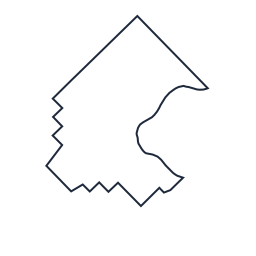 Jefferson, Indiana, United States of America, rotated 316°
{"feature_id": "52423323B82585243463531", "entity_name": "Jefferson", "entity_type": "district", "adm_level": 2, "iso_a3": "USA", "parent_name": "United States of America", "parent_adm1": "Indiana", "projection": "mercator", "projection_center": [-85.425, 38.75], "detail": "fine", "context": "isolated", "style": "outline", "palette": "slate", "viewbox_px": 256, "rotation_deg": 316, "n_neighbors": 0, "source": "geoboundaries", "source_scale": "gbopen_adm2", "svg_char_len": 897}
<svg xmlns="http://www.w3.org/2000/svg" viewBox="0 0 256 256"><g transform="rotate(316 128 128)"><path d="M127.2,54.3L120.7,54.3L94.3,54.6L94.6,68.0L81.8,68.0L81.8,81.1L68.6,81.1L68.8,94.5L43.0,98.5L43.1,134.1L56.2,137.2L56.4,147.1L69.5,147.1L69.6,160.3L82.8,160.4L83.1,193.1L109.0,192.8L109.0,199.4L115.3,202.1L133.1,202.0L130.3,196.6L129.9,195.1L129.5,193.4L129.2,191.2L129.1,181.2L129.8,173.8L129.4,169.1L127.3,164.2L123.5,158.8L123.1,157.4L123.0,155.6L123.3,152.6L124.7,146.5L125.8,144.6L128.2,141.7L129.7,138.7L131.0,137.4L135.3,134.9L137.2,134.3L139.2,133.9L142.9,134.4L152.8,136.9L155.8,136.9L156.0,136.9L160.1,136.4L163.9,135.4L166.7,134.4L167.5,134.1L176.2,131.9L182.1,131.5L187.0,132.1L189.7,132.6L192.8,133.6L197.2,136.3L198.6,138.8L200.0,140.5L204.4,148.2L206.2,150.3L208.9,152.7L212.0,154.4L213.0,154.8L212.5,53.9L127.2,54.3Z" fill="none" stroke="#1e293b" stroke-width="2"/></g></svg>